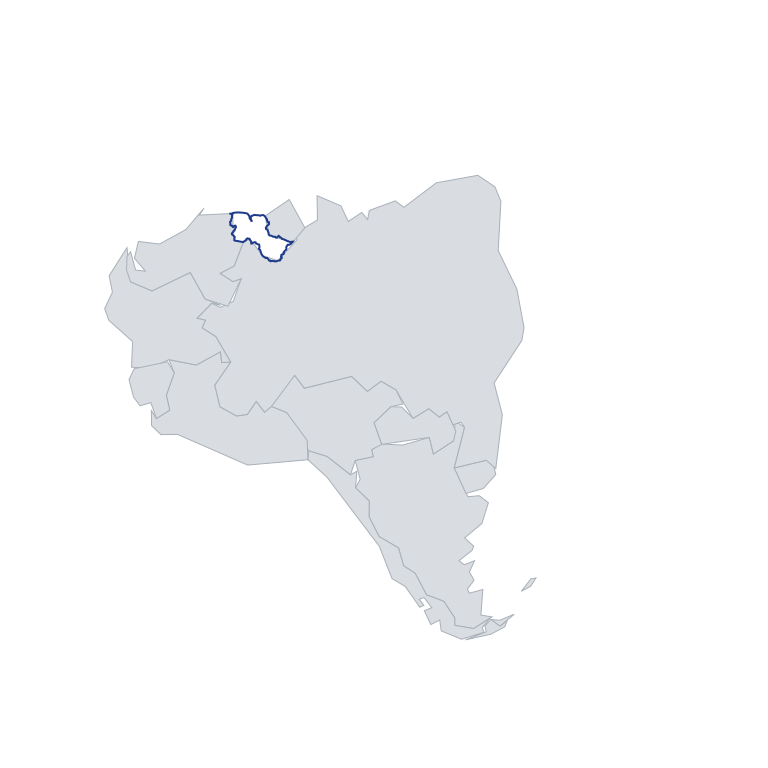 where Guyana sits in South America, rotated 322°
{"feature_id": "GUY", "entity_name": "Guyana", "entity_type": "country or territory", "adm_level": 0, "iso_a3": "GUY", "parent_name": "South America", "parent_adm1": "", "projection": "orthographic", "projection_center": [-58.817, 4.875], "detail": "fine", "context": "in_parent", "style": "outline", "palette": "blue", "viewbox_px": 768, "rotation_deg": 322, "n_neighbors": 12, "source": "natural_earth", "source_scale": "50m", "svg_char_len": 7788}
<svg xmlns="http://www.w3.org/2000/svg" viewBox="0 0 768 768"><g transform="rotate(322 384 384)"><path d="M323.3,635.4L329.6,641.4L344.9,645.6L326.2,646.2L323.3,635.4ZM387.7,493.4L380.7,524.5L390.2,530.6L393.2,541.8L375.2,554.2L352.8,554.9L354.8,567.1L350.8,569.3L334.3,569.4L335.9,575.8L346.6,579.0L335.6,584.7L334.2,594.0L323.5,597.0L322.4,601.3L335.4,606.8L318.1,625.7L325.7,634.0L304.2,632.0L291.1,617.7L295.7,611.9L297.3,592.0L287.7,576.3L292.0,552.3L287.5,539.3L294.5,522.1L286.2,501.2L290.5,479.3L300.3,467.2L297.7,448.3L306.5,444.4L314.3,426.5L330.8,434.6L333.9,428.1L343.7,428.5L361.0,443.6L386.9,454.0L379.8,469.6L403.8,471.6L417.3,457.0L420.8,467.8L387.7,493.4Z" fill="#d9dde1" stroke="#a8b0b8" stroke-width="1"/><path d="M323.3,635.4L326.2,646.2L335.0,646.5L329.6,649.7L314.1,646.9L290.7,635.8L312.0,642.2L314.7,636.8L323.3,635.4ZM283.7,390.4L294.6,406.0L301.7,434.9L308.8,436.0L297.7,448.3L300.3,467.2L290.5,479.3L286.2,501.2L294.5,522.1L287.5,539.3L292.0,552.3L287.7,576.3L297.3,592.0L295.7,611.9L291.1,617.7L304.2,632.0L323.3,633.8L311.5,636.5L309.9,641.2L288.0,632.9L277.1,613.8L282.6,604.3L272.8,602.4L276.2,587.4L283.9,589.7L284.1,577.0L279.2,575.3L279.2,583.0L274.8,582.0L276.1,556.7L270.5,542.4L280.4,508.9L281.7,422.4L277.4,396.8L283.7,390.4Z" fill="#d9dde1" stroke="#a8b0b8" stroke-width="1"/><path d="M364.6,631.9L379.7,628.0L384.3,630.4L374.9,633.7L364.6,631.9Z" fill="#d9dde1" stroke="#a8b0b8" stroke-width="1"/><path d="M387.7,493.4L417.6,507.0L421.8,511.9L416.4,524.1L397.9,527.5L381.2,520.7L387.7,493.4Z" fill="#d9dde1" stroke="#a8b0b8" stroke-width="1"/><path d="M420.0,519.5L417.6,507.0L387.7,493.4L420.8,467.8L421.2,461.5L413.1,458.5L416.4,444.7L407.1,444.2L404.0,431.2L385.7,429.0L389.8,396.2L383.3,380.1L366.3,379.7L363.0,358.1L318.6,338.4L318.8,322.3L292.7,333.2L272.4,332.8L272.5,319.2L257.5,324.0L248.0,318.5L240.6,300.9L249.8,280.7L276.6,272.3L280.6,243.2L275.2,227.8L282.5,223.8L277.1,217.0L297.9,214.3L302.1,222.8L316.1,226.1L336.1,213.2L327.9,210.4L322.9,195.9L338.7,198.7L360.5,185.6L367.5,187.3L367.5,208.2L376.2,221.5L404.3,216.8L404.5,210.4L432.5,213.8L447.2,194.4L459.7,217.1L455.9,233.9L472.1,235.1L472.4,244.3L479.3,238.2L505.6,246.6L508.4,257.0L549.2,257.7L586.4,277.3L592.8,296.9L588.6,312.0L556.1,349.2L547.1,391.1L529.1,425.7L519.5,434.5L471.4,451.0L458.4,481.0L420.0,519.5Z" fill="#d9dde1" stroke="#a8b0b8" stroke-width="1"/><path d="M281.4,332.4L318.8,322.3L318.6,338.4L363.0,358.1L366.3,379.7L383.3,380.1L389.8,396.2L386.6,411.4L375.6,406.2L352.3,408.5L345.1,430.2L333.9,428.1L330.8,434.6L314.3,426.5L301.7,434.9L294.6,406.0L283.7,390.4L289.7,346.8L281.4,332.4Z" fill="#d9dde1" stroke="#a8b0b8" stroke-width="1"/><path d="M276.6,272.3L249.8,280.7L240.6,300.9L248.0,318.5L257.5,324.0L272.5,319.2L272.4,332.8L281.4,332.4L289.7,346.8L288.7,381.2L277.4,396.8L226.6,363.9L190.2,296.5L177.0,286.5L175.2,273.7L184.3,261.8L183.4,271.1L199.0,272.7L205.6,258.8L225.6,246.1L229.5,232.4L247.8,253.5L275.0,257.9L269.3,267.1L276.6,272.3Z" fill="#d9dde1" stroke="#a8b0b8" stroke-width="1"/><path d="M303.9,221.6L297.9,214.3L277.1,217.0L282.5,223.8L275.2,227.8L280.6,243.2L276.6,272.3L269.3,267.1L275.0,257.9L247.8,253.5L229.5,232.4L209.0,227.6L195.4,215.3L212.0,195.8L206.4,164.4L210.4,152.5L226.5,144.5L234.0,129.5L265.4,118.3L247.2,147.6L258.5,167.8L300.0,176.8L295.4,207.0L303.9,221.6Z" fill="#d9dde1" stroke="#a8b0b8" stroke-width="1"/><path d="M360.5,185.6L338.7,198.7L322.9,195.9L327.9,210.4L336.1,213.2L308.9,226.6L295.4,207.0L300.0,176.8L258.5,167.8L247.2,147.6L251.3,135.7L260.0,125.3L265.7,123.8L258.4,141.3L265.4,148.1L264.8,131.2L278.2,120.5L293.3,135.5L323.0,140.3L350.4,134.6L342.6,137.3L369.6,156.3L354.3,178.5L360.5,185.6Z" fill="#d9dde1" stroke="#a8b0b8" stroke-width="1"/><path d="M417.8,212.2L399.3,216.1L389.4,202.8L385.3,196.1L393.6,178.4L422.9,180.3L417.8,212.2Z" fill="#d9dde1" stroke="#a8b0b8" stroke-width="1"/><path d="M227.1,233.2L225.6,246.1L205.6,258.8L199.0,272.7L183.4,271.1L188.8,255.1L178.4,251.0L178.6,240.1L185.8,223.5L196.6,218.2L227.1,233.2Z" fill="#d9dde1" stroke="#a8b0b8" stroke-width="1"/><path d="M383.8,413.1L385.7,429.0L404.0,431.2L407.1,444.2L416.4,444.7L411.5,465.5L403.8,471.6L379.8,469.6L386.9,454.0L345.1,430.2L352.3,408.5L375.6,406.2L383.8,413.1Z" fill="#d9dde1" stroke="#a8b0b8" stroke-width="1"/><path d="M360.5,185.5L358.5,183.4L356.6,181.2L354.6,179.0L354.5,178.7L355.3,177.7L356.0,176.9L356.7,176.5L356.9,176.2L356.7,174.6L356.7,174.0L356.5,173.4L356.3,172.7L356.5,172.1L356.8,171.7L357.2,171.6L358.1,171.4L358.7,171.4L358.9,171.1L359.3,170.9L359.8,170.9L360.7,171.1L361.2,170.7L361.9,170.2L363.7,169.4L364.1,168.9L364.4,168.1L364.3,167.7L364.2,167.5L363.7,167.4L363.1,167.4L362.5,167.6L362.0,167.5L361.5,167.0L361.5,166.5L361.8,165.9L361.6,165.6L360.7,164.3L360.8,164.0L361.4,163.4L361.8,162.9L362.3,161.8L362.6,161.4L363.9,161.3L364.2,161.0L364.8,160.4L365.7,159.7L367.1,159.2L367.4,158.2L367.7,157.9L368.7,157.4L368.9,157.1L368.9,156.9L367.2,154.6L367.5,154.8L368.9,156.2L369.6,156.5L369.8,156.2L370.4,156.3L372.2,157.3L374.7,159.0L378.2,162.1L379.3,163.3L379.9,163.9L381.0,165.3L381.3,165.9L381.3,168.6L380.3,170.4L380.1,171.7L380.1,173.5L379.5,174.6L380.2,174.0L380.5,172.4L381.1,171.4L381.9,170.3L383.0,170.0L384.1,170.5L385.0,170.6L385.9,170.9L387.6,172.6L389.3,174.0L389.9,175.1L391.7,175.7L392.8,176.5L393.2,177.3L393.4,179.2L393.0,182.2L393.1,182.3L392.6,182.9L392.6,183.3L392.2,184.0L392.0,184.3L392.4,185.1L392.8,185.2L392.9,185.3L393.0,185.4L393.0,185.6L392.9,185.8L392.5,186.0L392.1,186.4L392.1,187.0L391.9,187.2L391.1,187.4L389.7,187.4L389.0,187.4L388.4,187.5L388.0,187.9L387.5,188.1L387.2,188.1L386.8,188.5L386.5,189.1L386.6,189.5L386.9,190.0L387.2,190.5L386.9,191.3L386.6,192.0L386.4,192.5L386.2,193.4L385.6,194.5L385.2,195.1L385.2,195.7L385.4,196.7L386.6,198.0L387.0,198.7L387.3,199.7L388.3,200.5L389.0,201.1L388.9,202.0L389.0,202.3L389.4,202.5L389.9,202.7L390.4,202.7L390.9,202.6L391.0,202.5L392.2,202.4L392.3,202.7L392.4,203.9L392.4,204.4L392.7,204.6L392.8,204.9L392.9,205.2L392.9,205.9L393.1,206.3L393.0,207.0L393.2,207.3L393.5,207.5L393.9,208.0L394.0,208.1L394.1,208.3L394.4,209.0L394.6,209.2L394.7,209.3L394.8,209.5L395.0,210.2L395.2,210.4L395.5,210.9L395.6,211.5L396.0,212.2L396.5,212.6L396.7,213.1L397.2,214.1L397.7,214.8L398.4,215.0L399.0,215.1L399.4,215.4L399.8,215.7L399.4,215.8L399.0,216.0L398.5,215.9L397.9,216.0L397.2,216.2L396.5,216.3L395.3,215.9L394.9,215.9L394.7,215.8L394.1,215.1L393.9,215.0L393.2,215.3L392.5,215.5L392.1,215.5L391.6,215.7L391.2,216.0L390.4,217.3L390.0,217.7L389.5,217.9L388.6,217.9L387.6,218.0L386.9,218.3L386.3,218.4L385.9,218.4L385.8,219.1L385.6,219.4L385.4,219.6L384.9,219.7L384.4,219.6L384.2,219.4L383.6,219.2L383.2,219.1L382.8,219.0L382.6,219.0L382.4,219.3L382.2,219.5L382.1,220.0L381.4,220.1L381.1,220.4L381.3,221.2L381.2,221.5L381.0,221.8L380.2,221.8L379.4,221.8L379.0,222.1L378.5,222.5L378.2,222.6L377.8,222.5L377.3,222.1L376.8,221.6L375.6,221.3L374.4,221.0L373.6,220.1L373.4,219.7L373.0,219.6L372.1,218.6L371.5,218.0L371.0,217.8L370.3,217.5L370.4,217.1L370.3,216.6L370.0,216.5L369.7,216.3L369.5,216.1L369.6,215.5L369.6,214.1L369.5,212.6L368.7,212.2L368.3,211.8L367.6,209.7L367.3,208.8L367.3,208.1L367.5,206.0L367.8,205.1L368.4,203.3L368.8,202.7L368.9,202.2L368.8,201.7L368.6,200.5L369.8,199.8L370.2,199.5L370.3,199.0L370.9,198.4L371.2,197.8L371.4,197.3L371.4,197.1L371.1,196.9L370.8,196.5L370.1,195.2L369.9,194.9L369.7,194.6L369.8,194.0L370.1,193.4L370.0,193.2L369.6,192.8L368.8,192.3L368.1,192.2L367.6,192.0L366.9,192.0L366.3,192.0L365.9,191.7L366.0,191.4L366.1,191.1L366.7,190.5L367.0,189.8L367.0,189.2L367.1,188.3L367.3,187.5L367.4,186.7L366.6,186.1L366.3,185.6L366.0,185.2L365.6,185.2L365.1,185.0L364.2,185.6L363.5,185.5L363.1,185.7L362.0,185.6L361.3,185.4L360.5,185.5Z" fill="none" stroke="#1e3a8a" stroke-width="2"/></g></svg>